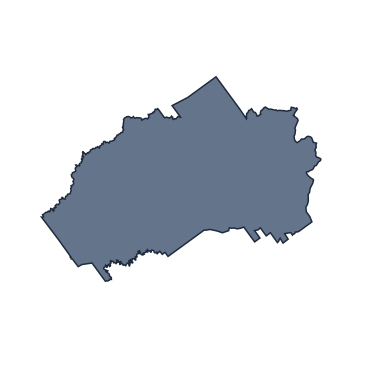 the district of Whittlesea, Victoria, Australia, rotated 46°
{"feature_id": "25037944B28600424223398", "entity_name": "Whittlesea", "entity_type": "district", "adm_level": 2, "iso_a3": "AUS", "parent_name": "Australia", "parent_adm1": "Victoria", "projection": "orthographic", "projection_center": [145.045, -37.551], "detail": "fine", "context": "isolated", "style": "filled", "palette": "slate", "viewbox_px": 384, "rotation_deg": 46, "n_neighbors": 0, "source": "geoboundaries", "source_scale": "gbopen_adm2", "svg_char_len": 5974}
<svg xmlns="http://www.w3.org/2000/svg" viewBox="0 0 384 384"><g transform="rotate(46 192 192)"><path d="M167.8,321.4L173.7,313.2L174.0,313.3L196.0,316.3L196.6,315.1L197.6,314.3L197.7,313.2L198.1,312.3L197.7,311.4L198.9,310.7L197.7,309.6L196.6,309.4L195.2,309.8L194.2,308.9L192.8,308.5L190.1,309.2L189.3,309.1L189.5,308.6L190.4,307.9L190.3,307.3L186.7,308.9L185.8,308.8L185.2,308.1L185.5,306.3L185.4,305.7L184.6,305.3L184.6,304.9L185.3,304.7L186.8,305.6L187.1,305.0L186.2,303.6L186.1,302.7L187.2,302.6L188.4,303.0L188.5,302.6L188.1,301.5L186.6,300.9L186.8,299.5L185.0,298.9L184.9,298.1L186.0,298.0L187.3,296.8L188.4,297.6L189.0,296.8L189.8,296.2L190.6,296.5L190.8,296.3L190.5,294.6L188.6,293.7L189.5,292.8L191.1,293.0L191.4,293.7L192.4,292.7L192.4,291.9L192.8,291.5L193.3,291.8L193.5,292.3L192.9,293.5L193.9,294.2L194.2,293.9L194.5,292.5L194.8,292.1L195.9,292.0L196.8,292.4L197.7,291.2L198.9,291.0L199.0,290.7L198.5,290.1L198.5,289.1L198.2,288.2L198.8,287.2L199.2,287.1L201.4,288.5L201.8,288.3L200.6,286.4L199.3,285.5L198.1,285.7L197.7,285.1L198.0,283.3L199.4,284.1L199.8,284.7L201.1,284.5L201.7,284.1L201.7,283.7L201.3,283.4L199.6,283.3L199.0,282.9L199.4,282.1L198.6,281.3L199.8,280.0L201.4,280.1L201.8,279.8L201.4,279.2L199.4,278.1L199.4,277.7L200.3,277.5L200.4,276.5L198.8,275.7L198.5,274.4L199.6,272.8L199.6,272.4L198.0,272.6L197.4,272.2L198.2,271.6L197.6,270.9L197.9,270.5L199.5,271.4L201.8,272.0L203.2,271.0L203.5,269.6L203.1,269.6L202.7,270.2L202.1,270.0L202.3,269.1L203.2,267.5L203.3,267.1L202.7,266.5L202.6,266.0L204.2,265.8L204.4,265.5L204.1,265.1L202.7,264.5L202.5,264.1L203.9,264.3L205.1,263.4L206.5,263.5L206.8,262.9L205.8,262.0L205.7,261.5L207.0,260.5L208.0,260.4L209.5,261.2L210.1,260.8L210.6,259.6L212.2,260.0L212.3,259.5L211.8,259.5L211.7,258.4L212.5,257.1L212.3,256.3L216.2,256.7L216.7,253.3L221.7,254.0L227.9,209.5L229.0,208.7L231.5,205.0L237.2,201.2L242.5,198.4L245.3,192.5L243.8,190.2L243.9,189.7L245.3,189.0L247.3,186.6L249.9,185.1L251.9,182.1L253.2,179.1L271.4,181.6L272.3,175.1L263.2,173.8L265.2,170.7L265.2,167.7L275.1,169.1L275.8,163.9L287.7,165.7L287.7,164.0L287.0,162.6L286.5,160.8L292.0,162.0L292.7,155.6L286.3,154.3L289.7,149.2L292.8,149.7L292.6,148.4L293.1,147.8L293.1,146.4L292.6,145.5L293.2,145.0L293.5,144.1L294.2,143.7L294.4,142.3L294.6,142.2L296.8,126.5L291.4,124.3L285.7,123.5L282.5,121.1L281.7,119.8L281.3,117.9L279.3,114.6L274.4,110.1L274.0,107.9L271.4,104.3L269.6,99.1L267.8,96.3L267.0,96.1L264.1,96.9L260.9,97.1L259.0,96.9L257.4,96.2L257.2,95.3L258.3,94.1L258.4,92.8L259.6,89.7L259.4,88.4L258.5,85.9L259.2,84.1L258.2,80.1L258.6,78.2L258.4,77.1L257.8,76.5L257.0,76.4L253.3,78.0L251.5,77.6L250.1,75.8L249.0,75.0L247.3,74.7L246.2,71.6L244.3,70.2L243.4,68.5L240.5,70.2L236.2,68.3L234.6,68.5L232.6,69.7L232.0,71.1L231.9,74.3L231.2,75.3L229.9,76.4L230.2,78.8L229.4,82.1L228.9,82.4L225.9,82.1L222.6,79.7L222.2,78.2L219.5,74.7L218.8,74.1L217.6,73.8L214.2,65.9L212.4,65.2L207.3,65.9L207.5,65.0L207.0,64.6L206.4,63.0L205.6,58.7L204.3,58.3L204.1,59.6L202.0,60.3L200.0,61.7L200.0,62.0L201.9,64.2L200.6,65.9L199.7,67.8L197.7,69.1L193.6,72.8L192.9,74.2L191.3,74.5L190.6,75.6L187.4,77.5L186.6,78.2L186.1,79.1L181.7,80.3L181.8,81.4L181.3,82.2L181.8,83.2L181.6,84.2L181.7,84.9L181.4,85.8L182.6,88.0L183.9,88.5L183.4,90.1L183.7,90.8L183.1,91.5L182.7,92.4L180.8,91.6L179.2,91.3L178.6,91.3L177.4,92.1L173.5,91.3L173.3,93.7L172.8,94.5L173.8,97.1L173.5,98.0L174.4,98.9L174.9,100.1L176.2,100.7L177.1,102.0L164.5,99.9L125.8,94.7L121.0,129.5L116.0,146.3L130.4,148.3L130.3,148.6L128.3,149.2L127.9,149.8L128.3,152.2L127.8,153.2L127.2,153.5L127.1,154.4L126.6,154.6L126.7,155.1L125.6,155.0L124.9,154.0L123.2,154.0L123.5,155.5L123.1,156.2L123.2,156.9L120.3,158.4L120.4,159.1L119.7,159.6L119.5,160.2L109.0,158.7L108.9,159.1L108.1,159.0L108.2,159.9L107.0,160.8L107.3,161.2L107.2,161.7L107.9,162.6L107.8,163.7L108.3,164.2L107.6,164.8L107.9,165.7L106.7,168.1L106.9,169.3L105.9,169.6L106.3,170.0L107.2,170.2L108.3,171.1L108.2,171.9L108.7,172.3L108.4,173.4L107.3,173.7L106.4,174.7L106.1,176.2L105.5,176.8L105.8,177.2L105.7,178.1L103.8,177.4L103.0,177.6L101.5,178.8L101.0,179.6L100.1,180.0L99.1,182.0L97.0,181.8L97.2,182.7L96.4,184.6L95.8,184.3L94.2,184.9L93.2,185.5L92.9,186.4L92.4,186.8L92.4,187.8L91.9,189.3L92.4,191.1L93.5,191.7L95.9,194.9L96.8,195.4L96.8,196.3L97.4,196.4L97.4,197.2L99.6,197.8L99.6,198.5L100.8,200.4L99.9,201.9L100.2,202.7L99.4,205.1L99.7,206.0L99.1,206.6L99.8,208.0L99.5,210.7L100.6,211.0L100.6,212.4L100.2,212.7L100.0,213.8L98.5,216.0L99.2,217.5L97.1,218.5L96.8,219.8L95.1,219.5L94.4,220.4L94.6,221.3L95.8,222.7L94.7,223.3L95.2,224.4L95.4,225.3L94.9,226.3L96.0,228.1L95.0,228.5L94.5,228.2L93.9,228.2L93.8,229.6L93.2,230.1L93.4,231.3L93.2,232.0L91.9,232.9L92.0,234.0L91.5,234.9L91.6,235.6L91.3,235.8L92.2,237.3L91.7,238.5L92.0,239.4L91.2,239.8L91.4,242.2L91.2,242.5L90.3,242.1L89.5,242.4L87.5,242.3L87.2,242.7L87.5,243.2L88.5,243.5L90.1,246.2L90.9,245.5L91.5,245.7L91.8,246.9L91.1,247.9L91.7,248.7L92.6,248.3L93.2,249.3L93.1,250.4L93.8,250.7L94.0,251.1L94.1,251.8L93.6,252.5L93.6,253.3L94.0,254.3L94.8,254.2L95.0,254.8L93.9,255.5L93.4,256.3L92.3,256.3L91.8,256.9L93.7,257.4L93.8,259.5L96.0,260.9L96.2,261.7L95.1,264.7L95.9,266.0L95.8,266.9L97.9,268.1L100.4,267.9L101.0,268.6L101.8,270.4L103.2,270.7L104.2,272.4L103.5,274.7L104.7,274.9L105.1,276.7L107.1,278.1L108.5,281.0L107.2,283.0L108.0,284.9L107.4,285.9L108.9,288.3L107.6,289.2L106.3,288.8L105.6,289.3L105.7,289.7L106.2,289.9L106.5,290.6L105.5,292.7L105.9,293.5L107.5,294.2L108.0,294.7L108.2,296.8L106.9,297.8L106.8,300.0L107.3,300.3L108.5,300.4L108.5,301.2L107.5,302.0L107.5,302.3L109.3,304.1L109.6,304.7L108.8,305.0L108.4,304.9L108.3,304.2L107.1,304.2L105.7,305.1L106.9,306.7L106.8,307.8L107.3,307.9L106.8,308.6L105.9,308.7L106.0,310.1L105.0,311.5L105.0,313.7L104.5,315.2L105.5,315.7L106.3,315.6L106.7,316.1L106.4,316.9L105.5,317.7L133.4,321.1L154.3,324.2L154.2,324.8L155.0,324.6L156.2,325.4L157.1,324.6L166.6,325.7L167.8,321.4Z" fill="#64748b" stroke="#1e293b" stroke-width="1.5"/></g></svg>